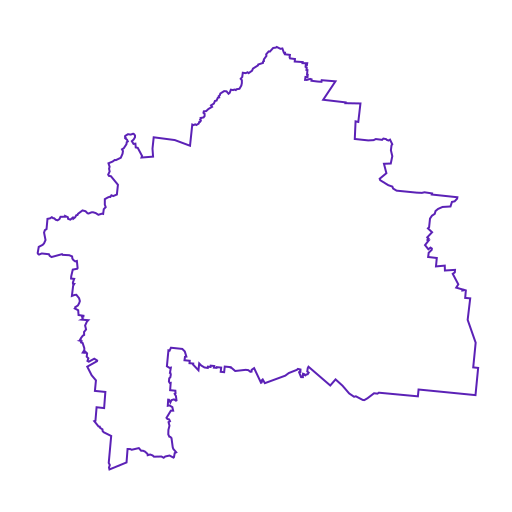 the district of Western Downs, Queensland, Australia, rotated 268°
{"feature_id": "25037944B15079852191884", "entity_name": "Western Downs", "entity_type": "district", "adm_level": 2, "iso_a3": "AUS", "parent_name": "Australia", "parent_adm1": "Queensland", "projection": "albers", "projection_center": [150.512, -26.807], "detail": "fine", "context": "isolated", "style": "outline", "palette": "violet", "viewbox_px": 512, "rotation_deg": 268, "n_neighbors": 0, "source": "geoboundaries", "source_scale": "gbopen_adm2", "svg_char_len": 6000}
<svg xmlns="http://www.w3.org/2000/svg" viewBox="0 0 512 512"><g transform="rotate(268 256 256)"><path d="M109.3,470.5L136.4,474.1L137.1,469.2L161.7,472.5L184.8,465.3L206.2,468.6L206.8,463.6L214.3,464.5L215.1,462.2L214.4,461.9L214.3,461.0L215.4,461.1L217.4,455.0L220.6,457.2L231.3,452.0L232.7,454.1L235.2,454.4L234.9,444.3L239.8,444.3L239.3,435.5L247.7,436.6L249.0,428.0L253.2,428.7L256.0,431.8L257.3,432.0L258.3,430.7L256.7,428.5L261.0,425.3L265.7,429.3L266.0,427.9L266.7,428.0L267.5,429.0L268.7,427.8L273.6,432.8L277.6,428.8L278.7,430.0L287.3,431.2L290.1,433.2L291.9,436.1L294.7,437.0L296.7,439.6L298.5,444.1L298.7,452.1L303.2,453.7L303.7,456.4L306.3,459.0L307.7,459.3L311.3,433.8L312.4,434.1L313.8,426.6L313.3,424.0L313.7,418.9L316.4,398.8L318.6,395.4L320.6,394.7L322.2,390.6L327.4,382.8L328.9,382.3L334.2,389.2L343.7,387.1L343.7,393.9L351.0,395.7L357.0,394.5L361.9,395.3L362.9,396.1L367.6,394.0L366.8,392.5L367.4,390.9L368.3,390.0L368.9,387.4L367.7,386.1L368.7,379.8L367.7,377.6L367.6,372.2L369.5,358.8L387.1,360.2L386.4,362.9L404.8,365.7L405.6,350.7L406.4,350.9L409.8,328.6L427.8,341.5L429.4,327.8L427.8,327.5L428.2,323.7L429.2,317.5L430.6,317.7L431.1,316.3L430.2,313.0L430.3,311.2L433.2,311.7L432.9,313.7L435.3,314.0L435.4,313.3L440.0,313.9L440.2,312.9L442.3,313.3L443.3,312.1L445.1,312.4L444.9,313.5L446.9,313.9L447.1,309.2L448.2,309.4L449.0,301.5L451.5,301.8L452.3,296.9L453.4,296.5L455.8,296.9L456.6,291.9L458.1,292.1L458.1,291.0L462.5,289.6L462.2,287.7L464.2,284.0L463.6,283.2L463.3,280.4L459.8,277.0L460.0,275.8L457.2,273.2L455.6,273.4L452.2,270.7L450.5,270.7L450.2,269.9L448.7,269.7L447.3,264.9L446.4,264.6L443.4,259.5L441.3,258.5L439.0,255.0L439.9,254.0L439.1,252.1L439.6,249.2L435.4,248.5L433.6,246.9L432.2,248.0L429.3,247.9L426.9,247.3L423.7,245.3L423.3,242.2L422.5,241.6L423.1,240.1L422.6,238.9L423.1,236.7L420.0,235.4L419.1,234.2L421.6,232.3L421.9,229.9L419.6,226.0L418.0,225.5L417.0,224.3L415.8,224.7L415.4,223.3L412.7,222.0L412.4,220.4L409.8,219.2L408.1,216.3L406.6,217.3L404.6,213.6L402.5,211.2L402.4,208.9L400.9,208.5L399.9,209.6L397.6,209.5L396.3,208.4L395.9,205.6L395.3,205.8L394.4,204.9L393.1,205.6L391.9,204.6L392.0,204.0L390.3,203.3L389.0,200.9L389.7,199.8L389.0,198.2L389.6,196.9L368.5,193.9L374.7,178.9L378.2,157.9L366.9,156.3L358.9,156.6L358.4,145.0L360.0,145.6L368.2,141.6L368.7,139.6L372.5,139.4L372.3,137.5L375.1,135.9L376.7,137.8L378.9,139.2L380.6,139.3L382.0,138.4L382.5,137.5L381.7,135.0L382.2,132.3L380.6,129.5L379.5,129.2L378.6,129.9L378.1,129.5L376.8,131.1L375.0,131.9L374.3,130.8L372.2,130.4L368.3,127.6L367.3,125.8L365.5,126.7L362.9,126.2L358.9,124.3L356.7,119.3L356.9,118.2L355.4,116.0L353.8,111.8L350.3,112.8L348.3,112.2L345.6,112.7L342.5,111.1L341.2,111.8L340.8,113.8L332.0,120.5L322.3,119.1L320.9,115.4L321.7,113.6L320.1,112.5L320.3,111.8L319.7,110.0L318.1,106.9L312.6,106.7L310.1,107.5L308.1,105.5L303.4,104.7L303.7,103.6L302.7,99.9L304.5,97.3L305.4,94.7L305.4,93.1L304.3,90.2L304.6,89.1L306.7,87.2L307.6,84.2L304.4,79.6L303.2,79.0L303.0,77.8L301.0,76.6L299.6,74.7L300.8,74.3L298.8,71.7L299.7,69.5L301.3,69.3L302.7,66.6L301.9,66.5L302.0,62.0L299.7,60.8L298.6,58.9L299.2,57.1L300.7,55.7L300.8,54.7L301.9,53.3L300.8,51.5L300.4,48.9L290.2,47.6L289.2,45.9L286.8,45.0L279.3,46.2L276.0,44.6L274.6,43.2L272.7,39.2L266.6,37.9L265.7,38.3L265.0,39.2L266.0,42.0L265.0,49.1L263.4,49.8L262.1,51.6L264.6,62.2L263.9,62.8L263.3,69.4L262.0,72.2L259.8,72.4L258.3,73.4L256.9,75.2L257.3,76.8L250.2,77.3L249.5,76.9L248.8,72.4L242.1,70.6L239.9,70.4L239.5,73.5L236.0,72.1L234.7,72.1L234.5,73.4L232.6,72.2L222.5,70.6L223.4,73.3L223.5,75.1L220.0,77.7L217.1,78.4L215.0,77.6L212.8,76.3L211.1,73.5L210.2,73.7L209.8,73.2L208.0,76.4L203.2,76.6L202.3,81.5L201.5,81.4L201.1,80.1L199.0,80.8L198.5,79.6L197.7,86.1L196.3,84.7L192.5,82.8L188.5,83.6L186.1,81.5L183.1,81.5L182.4,80.1L180.2,78.3L178.9,77.5L178.8,77.9L177.7,77.7L177.5,77.1L177.0,78.7L175.7,78.2L175.1,79.7L169.9,81.2L167.9,81.1L165.5,79.5L165.2,81.7L166.2,82.2L164.6,83.8L161.3,83.3L159.6,84.9L157.0,83.9L156.2,85.2L159.0,90.8L157.1,93.6L156.4,93.4L151.3,83.5L142.5,87.6L137.3,91.7L126.8,90.3L125.4,100.7L109.3,98.9L110.4,91.4L97.0,89.8L96.6,88.6L91.1,92.7L90.9,93.9L89.7,94.2L88.1,96.5L86.4,96.6L85.2,97.6L81.2,105.0L54.4,101.6L52.2,102.6L49.7,101.7L47.8,102.1L54.2,119.4L67.6,120.9L67.4,123.7L66.7,125.0L68.1,132.2L65.4,134.4L65.3,136.3L64.5,138.1L62.1,140.6L60.7,140.8L61.3,143.3L60.3,145.7L59.0,147.0L58.9,154.5L57.6,156.7L58.8,158.3L59.6,162.6L57.4,166.5L57.9,167.0L61.9,167.9L62.6,169.4L66.1,166.6L67.8,166.1L76.9,165.2L78.2,164.1L78.4,163.1L80.8,162.1L85.3,162.4L89.4,163.6L93.0,162.8L93.9,164.3L95.7,163.5L96.3,161.7L97.4,160.9L104.4,165.5L104.3,167.8L107.9,167.1L109.7,164.3L109.4,162.6L115.5,163.2L115.4,164.0L112.6,165.3L114.9,166.5L115.6,169.0L114.2,170.9L114.5,171.5L118.8,171.1L121.1,169.9L121.7,170.8L124.2,170.7L124.9,165.5L132.2,166.3L132.1,165.4L133.5,164.6L136.8,165.0L137.7,166.1L140.3,166.7L141.8,166.5L142.1,165.9L147.4,167.0L147.2,165.7L148.9,163.1L164.8,165.2L164.4,166.3L167.3,167.8L165.7,179.1L163.1,181.5L157.9,182.9L157.7,181.5L154.3,180.9L153.6,186.1L151.2,185.8L150.7,189.5L149.7,189.3L143.8,194.5L150.6,195.5L148.5,197.4L146.4,200.6L145.8,203.9L147.1,204.1L146.7,206.7L148.0,206.9L147.5,210.4L145.9,210.0L145.6,212.7L146.3,212.9L145.7,217.3L141.5,216.7L141.0,220.1L146.6,220.9L145.8,226.8L145.3,226.8L145.1,227.6L141.8,231.2L142.6,241.7L142.2,244.3L140.5,246.3L140.6,247.5L142.4,247.7L144.0,250.2L129.1,256.6L129.3,257.0L129.9,256.5L130.9,257.9L131.7,257.6L132.4,258.4L128.6,260.4L135.4,281.1L137.9,284.7L140.8,292.9L141.7,293.9L141.0,296.5L138.4,296.3L138.1,295.7L138.8,295.4L138.4,295.0L133.4,296.8L133.3,298.6L134.6,298.5L135.4,299.8L135.8,298.7L136.7,298.9L136.2,300.2L135.0,301.2L135.9,302.4L136.0,303.5L137.6,304.6L138.8,303.2L142.1,303.8L143.5,304.6L124.0,325.7L129.9,331.2L123.4,337.9L115.4,344.3L111.9,349.1L112.3,350.9L108.4,357.7L108.2,359.2L109.9,362.4L114.7,369.2L114.2,372.6L115.1,374.0L110.1,412.9L116.9,413.8L109.3,470.5Z" fill="none" stroke="#5b21b6" stroke-width="2"/></g></svg>